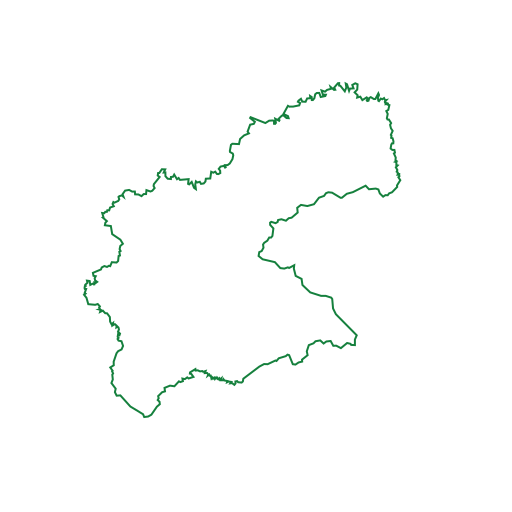 Baray, Kâmpóng Thum, Cambodia (Albers equal-area conic projection), rotated 332°
{"feature_id": "14789045B44673491264626", "entity_name": "Baray", "entity_type": "district", "adm_level": 2, "iso_a3": "KHM", "parent_name": "Cambodia", "parent_adm1": "Kâmpóng Thum", "projection": "albers", "projection_center": [105.123, 12.367], "detail": "fine", "context": "isolated", "style": "outline", "palette": "green", "viewbox_px": 512, "rotation_deg": 332, "n_neighbors": 0, "source": "geoboundaries", "source_scale": "gbopen_adm2", "svg_char_len": 6099}
<svg xmlns="http://www.w3.org/2000/svg" viewBox="0 0 512 512"><g transform="rotate(332 256 256)"><path d="M185.5,360.6L187.2,358.4L207.1,355.2L212.4,355.2L215.5,357.0L224.1,357.4L224.8,358.3L228.1,357.0L235.3,358.4L237.5,357.9L238.7,359.1L237.7,368.8L239.9,370.4L243.6,370.0L247.2,370.9L248.0,369.1L255.0,367.8L256.1,364.0L260.8,359.5L265.8,360.1L268.5,359.2L273.1,360.7L274.6,365.0L278.0,364.5L282.0,366.1L282.1,371.6L284.7,372.8L287.7,377.2L295.6,375.6L298.2,377.9L298.3,379.2L301.5,381.1L304.1,376.2L307.7,373.3L299.2,344.9L299.4,338.5L303.1,329.8L302.9,328.1L298.9,324.0L294.7,321.7L286.8,313.6L283.4,303.4L285.5,297.6L281.7,292.2L283.5,284.9L285.4,282.1L279.6,282.1L278.8,281.0L275.1,280.4L271.8,278.1L269.8,270.3L260.3,262.0L258.3,257.2L260.7,254.1L263.3,254.3L266.5,252.2L267.6,249.2L269.4,248.2L273.2,247.8L276.3,245.9L278.0,246.8L279.9,246.0L284.3,239.8L283.1,235.2L284.1,233.2L285.5,233.0L288.7,236.2L291.1,236.1L292.4,234.6L295.7,235.5L299.0,238.9L302.6,238.0L305.4,238.9L313.2,237.2L315.0,232.8L319.7,232.0L324.8,236.0L331.5,237.5L339.0,234.1L344.3,234.9L347.3,233.4L349.8,233.7L352.9,235.8L358.0,244.3L359.2,244.9L365.4,243.7L371.5,245.1L385.8,245.4L387.1,250.1L393.4,252.7L395.3,254.7L394.7,258.9L396.1,263.3L398.8,263.0L400.8,264.2L403.0,263.2L406.0,263.6L413.1,261.3L413.6,259.9L419.0,256.8L418.7,253.3L420.0,253.0L420.6,251.5L419.5,250.9L420.5,250.5L419.7,249.9L420.4,248.8L419.8,247.6L421.2,246.4L421.1,243.3L423.6,242.5L422.6,241.6L424.0,239.1L423.2,238.3L424.7,238.2L424.1,236.9L425.6,234.7L425.9,230.2L427.2,230.0L428.0,227.3L426.2,226.4L425.3,224.3L427.8,221.1L428.9,220.4L430.1,221.0L431.2,219.3L431.9,216.2L430.8,215.1L432.1,213.4L431.9,212.4L435.4,209.7L435.1,206.6L436.0,203.1L437.7,202.1L437.4,197.9L436.2,197.2L436.2,195.8L439.0,192.4L439.1,189.2L441.4,189.1L444.6,185.4L443.4,184.3L443.8,183.7L442.2,183.0L443.3,182.5L441.9,181.3L442.1,180.4L444.4,179.5L443.1,179.1L443.2,176.7L441.1,176.9L440.1,175.6L437.3,177.0L436.9,176.3L437.9,173.5L440.2,171.6L440.4,169.8L435.1,173.4L433.8,172.8L431.9,169.6L430.2,169.7L428.2,171.7L427.0,171.4L426.9,170.5L428.6,169.5L428.2,167.9L423.1,168.3L422.9,164.3L419.7,163.6L421.2,161.8L419.9,157.8L423.5,156.6L426.3,152.1L424.7,150.1L421.3,150.2L420.8,153.8L417.5,152.3L415.7,153.9L417.0,147.1L416.2,145.9L414.9,149.6L411.7,152.3L410.4,145.4L409.4,144.5L410.6,142.4L409.5,141.9L404.1,144.0L404.0,146.4L402.9,146.0L401.2,141.7L400.8,143.6L396.7,142.7L394.1,143.3L391.6,140.6L390.8,144.9L393.4,146.4L392.3,147.3L387.8,146.0L388.4,141.7L386.2,140.6L384.2,141.0L381.6,144.1L379.4,145.0L378.5,144.5L379.8,141.8L378.9,140.1L378.1,142.2L375.1,140.9L372.2,143.1L369.3,141.4L369.5,138.3L366.4,138.8L365.4,139.5L366.8,141.6L364.9,143.3L358.9,141.5L355.6,139.8L354.7,138.4L346.9,143.5L349.9,147.5L349.5,149.6L347.7,148.5L346.3,144.8L344.7,144.2L340.0,145.6L340.5,147.1L339.9,147.5L337.4,143.8L336.1,147.8L334.9,148.3L334.0,147.7L335.3,145.3L334.6,144.3L331.2,142.7L326.7,143.0L316.4,130.9L315.6,131.4L318.0,137.0L316.1,138.3L312.5,137.3L307.0,142.2L307.3,144.4L302.2,143.9L296.9,145.2L293.5,149.2L287.8,145.8L286.1,146.1L282.2,151.0L281.9,152.0L283.6,154.7L283.2,156.4L280.7,159.4L276.3,162.0L273.6,162.4L271.3,161.2L270.9,163.4L270.2,163.4L270.1,161.4L266.7,160.4L264.0,161.6L264.4,163.8L263.4,166.0L261.2,166.0L260.0,165.2L259.6,162.4L257.4,162.4L256.0,160.6L252.0,166.1L248.0,164.2L246.3,166.5L243.9,167.4L241.3,166.5L241.2,164.1L238.6,163.5L238.0,161.9L236.0,164.2L234.3,168.7L233.3,166.7L234.0,160.4L230.6,161.4L229.9,160.4L232.6,156.5L224.6,153.1L224.3,150.8L222.3,151.1L222.0,145.7L219.9,147.1L218.0,146.3L217.0,148.1L214.3,146.3L213.5,143.0L215.2,139.7L213.7,139.0L216.5,136.9L213.6,135.2L209.6,137.3L208.5,136.8L207.0,138.8L208.0,141.0L199.6,144.6L198.4,146.1L198.4,148.4L195.0,149.7L193.1,149.5L190.2,146.4L188.0,149.7L185.9,148.6L183.0,149.4L181.1,146.5L178.2,144.8L179.3,142.2L176.9,141.0L175.0,138.1L171.1,136.8L167.2,138.8L166.8,141.5L166.0,139.5L163.4,139.0L162.3,139.3L161.9,141.7L160.2,142.7L155.9,142.4L155.4,141.4L153.8,142.7L153.8,145.3L149.9,144.7L147.8,146.8L146.2,145.8L145.0,147.0L143.7,146.2L142.1,147.0L140.4,145.8L139.5,150.3L138.8,150.2L140.7,155.2L138.6,155.9L137.0,157.9L141.9,161.4L139.3,169.2L143.9,177.9L144.2,182.7L140.9,183.4L138.8,185.9L138.8,188.0L137.3,188.1L136.1,191.7L134.7,191.5L131.9,195.7L129.8,196.3L125.8,193.8L122.5,196.5L121.6,195.6L119.3,195.7L117.4,193.7L114.4,193.7L112.8,195.1L104.1,194.3L103.2,197.2L105.0,198.6L103.1,199.9L102.5,202.0L103.6,204.3L100.8,204.7L101.5,203.9L100.8,203.3L99.9,204.9L98.7,203.7L96.1,203.7L97.4,200.0L95.2,198.4L94.7,200.5L91.8,201.2L91.6,202.4L90.8,202.2L89.6,203.8L89.4,204.7L90.5,205.4L87.3,208.3L87.8,209.2L86.0,209.5L86.7,213.3L85.3,219.8L91.1,223.6L93.7,224.1L94.5,227.2L93.3,227.9L93.3,229.7L92.3,229.5L93.6,230.7L92.1,232.2L95.1,232.3L96.0,235.7L97.6,236.7L98.3,241.3L96.4,245.4L96.4,248.5L98.2,248.1L96.7,250.0L99.4,249.9L100.2,252.0L99.2,253.5L100.6,253.4L101.0,254.6L100.5,256.5L98.6,258.1L99.5,260.7L98.3,261.8L97.6,260.2L95.9,262.4L96.2,263.8L94.8,264.3L94.9,266.2L97.2,268.1L96.4,273.0L93.4,275.4L89.6,275.3L87.2,276.4L80.7,282.5L79.1,285.7L75.0,286.0L75.5,290.0L74.8,290.3L74.7,292.6L73.4,293.3L71.6,297.8L68.7,300.3L69.8,307.3L67.5,310.0L67.4,313.9L70.8,315.4L74.4,329.9L82.0,342.7L81.7,345.7L85.4,347.1L89.1,347.0L97.8,342.5L101.5,341.7L102.4,339.4L101.6,337.0L103.3,335.9L103.8,333.8L109.2,332.2L112.1,332.8L113.3,329.5L119.2,330.1L122.8,332.7L129.1,330.5L130.0,331.8L132.7,332.2L133.5,329.7L135.4,331.3L138.3,330.9L139.0,332.5L144.0,333.4L143.5,329.8L142.4,328.8L143.1,327.8L149.4,327.4L148.9,328.8L150.9,329.6L152.4,331.6L154.6,332.4L155.0,333.5L157.5,333.9L155.9,335.4L158.0,336.5L158.2,338.2L157.3,339.0L159.1,338.7L159.0,340.0L159.9,340.4L159.1,343.4L160.6,342.9L160.5,344.2L162.2,343.9L162.0,345.3L163.5,344.6L164.1,346.0L164.7,345.3L165.3,347.5L166.3,346.9L166.4,348.1L167.7,347.8L166.4,349.1L168.5,350.2L169.4,349.4L169.7,351.1L172.1,353.0L171.2,353.9L173.0,354.0L175.1,355.6L173.6,356.4L175.2,357.0L176.4,359.6L178.1,358.9L178.9,357.1L180.6,357.6L181.0,359.1L183.9,361.0L185.5,360.6Z" fill="none" stroke="#15803d" stroke-width="2"/></g></svg>